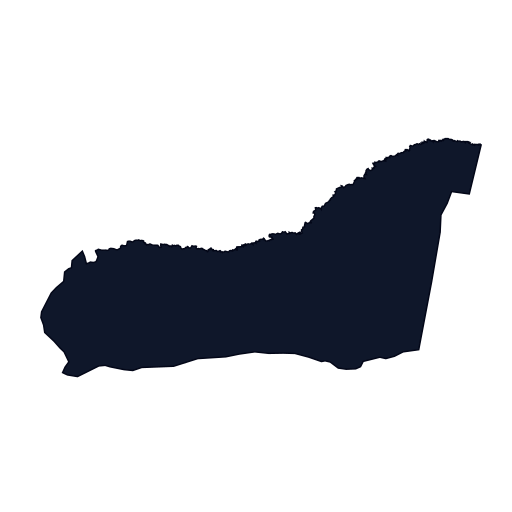 Gamboula, Mambéré-Kadéï, Central African Republic (Equal Earth projection), rotated 101°
{"feature_id": "33826404B15620845480465", "entity_name": "Gamboula", "entity_type": "district", "adm_level": 2, "iso_a3": "CAF", "parent_name": "Central African Republic", "parent_adm1": "Mambéré-Kadéï", "projection": "equal_earth", "projection_center": [14.923, 4.351], "detail": "fine", "context": "isolated", "style": "filled", "palette": "ink", "viewbox_px": 512, "rotation_deg": 101, "n_neighbors": 0, "source": "geoboundaries", "source_scale": "gbopen_adm2", "svg_char_len": 6108}
<svg xmlns="http://www.w3.org/2000/svg" viewBox="0 0 512 512"><g transform="rotate(101 256 256)"><path d="M386.7,426.1L395.6,419.5L401.5,422.2L407.4,423.6L408.7,418.4L408.4,408.2L393.9,389.3L392.1,383.2L392.6,378.2L392.7,363.9L391.9,355.1L387.2,346.9L379.9,315.8L367.8,293.6L360.7,266.4L355.5,253.9L350.3,238.9L349.1,224.9L346.1,210.8L344.2,199.2L345.2,184.9L347.1,171.6L345.7,168.2L345.9,162.9L350.3,153.9L349.9,145.9L347.7,136.6L344.7,132.3L339.0,130.7L331.7,115.1L331.9,109.0L328.0,101.0L322.0,93.3L316.9,78.4L247.7,78.7L197.5,79.8L180.4,82.3L167.8,78.4L155.4,76.3L154.4,58.5L104.0,56.2L103.9,57.0L103.4,57.3L103.8,58.7L104.4,58.5L104.6,58.9L104.3,59.7L104.6,61.7L105.4,62.4L104.7,62.7L104.9,63.6L105.5,63.8L105.5,64.7L104.8,65.1L105.5,65.9L104.7,67.9L104.2,67.7L104.6,68.6L104.0,68.9L103.7,69.8L103.4,69.3L103.3,69.8L103.8,72.5L104.2,72.0L104.9,72.2L103.9,74.0L104.8,76.4L104.3,77.5L104.7,79.3L104.5,80.0L105.1,79.9L105.4,80.7L104.9,83.5L105.6,83.9L105.3,84.8L104.6,85.2L104.3,86.9L104.5,87.2L104.6,88.7L104.1,89.8L104.7,92.8L105.3,93.2L105.8,94.4L106.1,93.8L106.9,94.1L107.1,95.6L107.7,95.9L107.5,96.7L107.9,96.6L107.6,98.3L108.0,98.3L107.9,97.5L108.4,97.8L108.3,98.6L109.0,98.6L109.4,100.1L109.0,101.5L109.3,101.7L108.8,102.4L109.4,102.9L108.7,103.4L109.2,104.5L109.9,104.3L109.3,105.1L109.7,105.9L109.2,106.7L109.3,107.3L108.9,107.2L109.0,108.6L108.5,108.6L108.4,109.3L109.0,110.1L111.9,109.8L112.0,110.6L111.4,111.3L111.6,112.2L111.2,112.7L112.3,112.7L112.6,114.1L113.3,113.0L113.7,113.5L113.3,114.1L113.7,114.6L113.7,115.2L114.3,114.7L115.1,115.4L114.6,116.9L115.5,117.7L115.1,118.9L115.4,119.9L116.3,120.7L116.5,121.7L118.3,123.0L118.1,125.6L119.4,126.0L120.4,125.2L122.4,125.9L123.1,125.4L123.8,125.9L122.7,127.9L123.1,129.7L123.8,129.5L123.4,128.5L124.3,128.8L124.6,130.1L125.8,131.0L126.4,130.9L126.9,133.2L128.0,134.2L128.1,136.1L129.2,136.7L130.1,136.3L129.8,137.4L131.3,138.4L132.2,140.8L131.7,142.7L132.2,143.5L133.2,144.1L133.9,143.6L134.5,146.8L135.3,146.1L135.7,147.4L136.4,146.5L136.7,146.6L136.8,148.1L137.4,148.1L137.8,148.9L137.6,147.9L138.1,147.3L138.1,148.9L139.5,151.2L139.1,153.1L139.4,153.7L140.3,153.4L140.5,154.6L141.6,156.2L141.2,157.1L142.1,157.2L142.7,158.9L143.3,158.5L143.5,157.7L144.2,157.7L144.5,156.8L145.4,156.6L145.5,156.1L146.4,157.3L147.4,157.0L147.6,158.7L148.8,158.1L150.1,159.4L150.3,160.3L149.6,162.0L148.8,162.6L149.6,163.6L150.5,164.0L151.7,164.3L152.5,163.6L153.3,164.3L154.9,163.2L154.8,164.7L156.7,165.3L158.0,165.0L159.2,163.9L159.2,167.6L160.0,169.1L159.3,169.8L159.7,171.8L160.0,171.9L159.9,171.3L160.4,170.4L160.8,172.1L161.1,172.3L161.7,171.8L162.1,172.9L162.7,173.0L163.2,173.8L164.1,173.5L167.5,174.4L167.7,176.2L168.1,177.1L167.8,178.0L168.3,179.2L169.6,181.1L170.7,181.5L172.3,183.0L170.9,184.6L170.8,185.7L171.6,185.3L172.4,185.5L172.7,186.9L174.8,189.8L176.6,189.6L177.8,190.7L178.0,190.2L179.8,189.9L181.0,190.4L181.6,191.9L182.8,191.1L184.4,192.9L186.1,193.9L187.2,193.8L187.4,194.5L189.0,195.0L191.1,197.8L193.8,198.5L194.3,199.2L194.5,200.4L196.0,201.0L197.7,200.8L197.0,201.6L197.1,202.2L196.6,203.6L197.2,204.6L197.0,206.1L197.3,206.9L199.6,206.1L201.2,208.0L202.8,208.1L202.8,206.8L204.0,206.1L206.2,206.7L207.7,206.3L211.1,209.0L212.1,209.3L212.6,208.1L213.0,208.2L212.9,209.4L214.4,211.9L213.5,213.7L213.8,214.1L216.8,214.2L218.1,213.8L218.8,215.4L220.7,215.3L221.6,216.3L223.3,215.9L224.5,214.9L225.6,216.2L225.4,217.1L224.5,217.0L224.2,217.4L225.1,218.6L226.2,217.7L226.0,219.7L227.1,220.4L225.8,221.9L226.4,223.6L226.0,225.1L226.9,226.8L226.5,227.8L227.6,227.4L227.7,228.5L228.6,229.7L226.6,232.0L227.4,233.0L227.2,234.6L228.9,235.3L229.8,236.6L229.6,239.0L231.2,241.1L230.9,242.5L231.2,244.5L232.1,245.4L232.0,246.5L232.9,247.0L233.3,246.4L234.0,246.9L234.7,246.4L234.3,244.0L234.7,243.7L235.3,244.1L235.8,242.8L236.2,242.5L237.0,243.9L237.3,245.3L238.4,245.7L238.4,246.9L239.1,247.7L239.5,249.2L238.7,249.8L238.4,251.2L237.5,251.2L237.1,252.0L238.3,252.6L238.9,255.0L239.8,256.1L240.4,256.0L240.7,255.5L241.0,255.8L241.1,256.4L241.7,257.1L241.3,257.9L241.5,258.8L242.6,259.1L243.5,258.5L243.3,259.7L243.9,261.6L245.2,261.3L244.2,262.7L245.6,264.0L245.6,266.0L246.6,267.7L246.2,268.8L246.9,269.3L247.7,268.3L248.1,269.0L247.4,269.8L247.5,270.7L249.2,270.3L248.4,271.9L249.6,271.7L250.7,276.5L251.1,276.6L251.4,275.9L252.3,276.8L252.8,275.6L253.8,275.6L253.9,276.1L253.1,277.6L254.3,278.5L254.5,280.1L255.5,279.9L255.5,282.1L255.9,282.9L257.4,283.8L257.2,287.3L258.3,288.0L258.3,289.5L259.0,289.7L258.5,290.7L258.7,291.7L257.8,291.8L257.6,292.3L259.0,294.4L258.2,296.0L259.1,298.9L259.0,299.3L258.4,298.9L257.9,299.1L257.9,300.6L256.8,301.7L257.4,302.3L257.9,301.8L258.2,302.7L258.5,302.5L258.9,304.0L260.7,304.0L261.1,304.6L260.2,305.5L260.2,307.0L259.7,308.1L259.6,309.6L258.9,309.8L258.9,311.3L259.7,312.3L259.7,314.2L260.4,315.0L259.4,316.5L257.9,316.3L257.7,316.9L258.4,319.4L258.2,320.8L260.7,321.7L260.8,323.7L259.9,324.5L259.8,325.2L261.1,325.6L261.0,326.6L262.5,327.5L262.8,329.0L263.5,329.8L262.7,331.4L261.9,331.5L261.2,332.1L261.0,333.4L260.3,334.2L260.6,335.9L261.5,336.6L261.1,337.9L261.7,338.8L261.3,340.2L263.0,340.5L262.4,341.6L263.2,342.8L262.4,343.4L262.4,344.2L261.7,345.9L262.3,346.9L261.8,347.6L262.5,349.4L262.4,351.7L263.9,351.6L265.3,350.7L266.1,352.3L264.2,354.5L265.1,359.4L264.4,362.4L265.4,363.8L265.5,364.9L266.0,365.6L265.2,366.2L265.1,367.3L264.3,367.2L264.1,368.9L262.8,369.1L262.5,369.8L262.6,371.6L263.1,372.3L262.6,374.2L263.0,374.4L263.4,376.9L264.0,378.1L265.9,379.8L265.5,382.4L265.7,383.6L266.3,384.9L269.9,385.0L270.7,385.5L271.2,387.5L271.0,389.6L272.3,390.7L274.1,390.4L276.4,393.3L276.5,394.4L276.0,397.0L276.2,400.0L277.0,401.4L277.9,401.5L278.6,402.2L278.9,403.2L278.9,404.4L279.8,408.6L279.5,412.1L280.5,412.9L280.9,413.9L281.4,414.5L282.1,414.3L286.8,410.9L291.4,411.7L292.4,412.3L293.4,414.4L293.6,417.6L294.3,418.1L296.0,421.0L289.4,424.1L284.4,427.4L295.6,435.6L302.8,434.9L304.2,437.4L308.2,440.8L317.6,439.9L325.0,445.8L331.4,449.9L351.7,455.8L357.5,455.4L364.3,451.3L371.4,448.8L378.1,438.1L383.7,430.8L386.7,426.1Z" fill="#0f172a" stroke="#020617" stroke-width="1.5"/></g></svg>